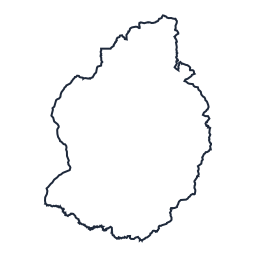 the district of Retiro, Antioquia, Colombia
{"feature_id": "7082276B46774973153529", "entity_name": "Retiro", "entity_type": "district", "adm_level": 2, "iso_a3": "COL", "parent_name": "Colombia", "parent_adm1": "Antioquia", "projection": "orthographic", "projection_center": [-75.514, 6.06], "detail": "fine", "context": "isolated", "style": "outline", "palette": "slate", "viewbox_px": 256, "rotation_deg": 0, "n_neighbors": 0, "source": "geoboundaries", "source_scale": "gbopen_adm2", "svg_char_len": 5771}
<svg xmlns="http://www.w3.org/2000/svg" viewBox="0 0 256 256"><path d="M79.8,223.8L80.6,223.2L82.0,224.3L83.4,224.4L83.9,225.0L84.7,224.8L85.4,226.2L86.7,226.5L87.0,227.4L88.9,227.2L89.3,227.6L88.9,228.9L89.5,229.1L90.2,229.9L91.0,229.4L91.2,228.0L91.9,227.9L92.6,229.0L93.4,228.5L93.6,227.7L94.5,227.7L94.5,227.3L93.8,226.6L94.1,226.3L95.8,226.9L96.8,226.4L96.9,227.2L97.3,227.3L98.9,226.7L99.6,226.8L100.1,225.9L100.5,226.1L101.5,225.6L102.0,226.6L102.8,226.7L102.0,227.3L103.1,228.5L102.9,229.8L103.7,229.9L104.1,230.5L105.0,229.8L105.4,230.4L106.2,230.2L106.4,229.8L105.9,229.1L106.1,228.8L107.3,228.3L107.9,228.5L110.6,226.8L111.8,227.7L112.0,230.3L111.7,231.1L112.1,231.9L111.6,232.7L112.1,232.8L112.6,235.0L112.9,235.3L113.7,235.3L114.5,236.8L115.7,237.8L116.8,238.1L116.9,238.6L118.7,238.6L118.4,237.7L118.7,237.2L119.8,237.8L120.6,237.8L121.2,238.4L122.7,237.6L124.2,237.8L124.7,236.9L126.5,237.9L127.2,237.5L127.6,236.1L129.8,236.0L129.6,236.5L130.0,236.7L130.0,238.0L131.1,238.9L133.9,239.0L135.5,237.6L138.0,236.9L138.6,237.9L139.8,238.6L139.8,240.2L140.2,239.8L140.6,239.9L141.7,240.1L142.0,240.6L142.2,240.1L145.0,238.6L145.5,237.8L147.2,237.4L149.6,235.5L150.3,234.7L150.4,233.5L151.5,233.1L152.9,230.9L153.9,230.7L155.3,231.0L155.7,231.8L157.0,231.5L157.0,230.8L157.9,230.3L158.0,229.7L159.0,228.4L158.6,227.1L159.0,226.2L159.9,225.7L160.9,225.9L162.0,225.2L166.3,223.9L166.8,223.5L166.9,222.9L169.9,221.5L171.2,220.3L171.5,219.8L171.5,217.5L170.6,215.7L170.7,214.1L170.0,212.8L171.2,210.7L170.6,209.4L171.0,208.1L172.1,208.0L172.6,208.4L172.8,208.1L174.6,208.0L177.0,207.0L177.2,205.8L178.3,203.8L178.3,203.3L179.0,201.6L180.8,200.0L186.1,199.6L187.7,198.6L188.8,197.0L189.6,196.7L190.9,194.9L192.9,193.9L194.0,194.4L194.8,194.0L195.3,191.2L195.3,189.9L194.4,187.9L194.6,185.6L195.1,184.9L195.1,182.9L194.5,182.1L194.4,181.2L197.0,177.4L197.0,176.4L197.4,176.0L198.4,176.1L198.2,175.3L198.8,174.1L197.9,170.9L198.6,169.8L198.7,168.2L197.9,166.2L201.3,163.7L201.7,160.9L202.8,159.6L202.2,157.3L202.7,156.9L203.9,154.1L204.9,153.5L205.7,152.2L207.0,152.1L208.8,151.1L209.9,149.3L210.3,149.6L210.8,149.5L210.1,146.2L211.0,144.6L211.0,143.5L209.9,142.6L209.0,140.0L209.5,139.1L209.0,137.7L210.3,134.7L209.3,132.9L209.8,128.8L210.2,128.0L209.5,127.5L208.1,127.5L208.4,126.7L208.2,125.9L207.6,125.6L207.3,126.1L206.5,126.0L205.5,123.5L206.2,122.1L206.6,121.8L207.1,122.0L207.4,121.0L209.4,118.6L208.0,116.1L205.3,116.1L202.9,114.9L203.9,112.6L206.1,111.0L206.8,109.7L207.6,109.5L208.6,107.0L208.2,105.0L207.1,102.0L206.7,101.3L205.4,100.2L205.1,98.6L204.4,97.3L203.1,96.6L201.3,94.5L200.8,91.8L200.0,90.9L198.5,89.7L197.9,87.3L194.9,86.8L193.7,85.9L192.9,84.1L189.2,83.7L187.8,83.1L186.3,81.7L184.5,81.1L185.4,79.5L187.6,78.8L191.4,76.1L191.9,74.9L194.6,73.8L194.1,73.2L193.8,71.2L193.3,70.5L192.6,70.2L190.1,70.2L189.9,69.3L190.2,67.7L189.6,66.8L187.5,65.2L185.9,64.9L182.4,63.5L181.9,63.9L180.4,62.0L179.2,62.8L179.1,65.0L178.3,66.3L178.6,68.5L178.1,69.1L178.3,70.2L175.8,68.5L174.6,67.2L176.8,63.8L176.9,63.3L176.3,62.0L176.4,61.2L177.6,60.9L178.0,60.4L177.6,59.4L177.0,59.2L176.1,57.1L176.9,56.3L176.7,54.0L177.3,53.1L176.6,52.5L176.8,51.0L176.3,49.8L176.8,47.2L176.0,42.5L176.9,41.9L176.9,41.6L176.5,41.1L176.6,40.7L176.0,39.2L175.2,38.3L175.1,37.1L174.5,36.7L176.5,34.7L178.3,33.7L178.2,32.6L177.1,30.9L176.6,30.4L175.2,30.2L175.0,29.7L175.7,28.2L175.5,25.8L176.7,23.0L176.9,21.1L175.5,19.3L176.2,18.5L175.2,18.9L173.0,18.6L171.2,18.0L168.5,18.1L166.8,17.5L166.4,16.8L165.5,16.2L164.7,16.2L164.2,15.7L162.9,15.4L161.9,17.0L161.8,17.8L160.3,18.6L159.1,18.8L158.1,20.9L157.5,21.3L156.4,21.5L155.6,22.3L153.3,22.9L151.6,23.0L149.7,22.3L148.2,22.5L148.0,22.2L144.2,23.2L140.8,22.4L140.4,22.8L139.5,22.8L139.3,23.2L139.2,25.3L139.6,26.3L139.7,27.9L139.1,28.1L137.3,26.9L135.8,26.7L132.0,27.4L130.4,28.3L129.9,29.0L129.8,29.9L129.0,31.5L128.3,31.5L128.2,32.5L126.4,35.0L126.6,38.2L126.4,38.3L126.7,39.4L124.8,39.1L124.6,38.1L123.8,37.1L122.7,36.6L122.1,35.3L120.0,35.6L119.4,37.1L117.4,37.7L116.5,39.4L116.8,40.5L116.1,41.0L115.9,42.0L115.1,42.3L114.9,43.3L113.8,44.6L113.8,45.8L111.2,47.7L110.6,48.7L101.1,48.7L101.2,50.7L100.7,51.4L100.8,52.9L101.3,53.8L100.8,54.8L101.2,55.3L100.6,55.8L100.6,56.5L101.2,57.3L101.3,60.6L102.3,62.0L101.3,63.1L101.1,65.6L97.6,66.6L97.0,67.7L96.1,72.5L94.5,74.0L92.6,77.4L91.4,77.7L90.1,78.7L89.6,78.2L88.3,78.6L85.6,78.1L83.8,78.3L83.3,78.7L83.3,78.1L82.8,77.7L80.3,77.3L79.4,76.9L78.9,75.9L77.1,75.7L76.1,76.9L74.9,77.0L74.4,78.1L72.9,79.5L72.3,80.7L71.5,81.3L71.3,82.2L70.0,83.6L66.3,85.5L65.9,86.5L64.5,87.6L64.0,88.9L61.4,92.3L60.7,94.5L60.4,96.9L59.0,98.6L57.3,99.2L56.1,100.2L54.3,106.6L52.5,108.2L52.9,109.8L51.4,115.7L53.2,117.7L54.2,121.5L57.6,124.2L58.7,126.1L58.7,127.1L57.4,129.1L57.2,130.1L57.4,134.0L58.1,137.0L59.7,139.6L60.1,141.2L61.3,141.7L63.6,144.1L65.2,144.4L66.3,146.1L66.5,147.5L66.1,149.6L66.9,151.6L67.0,156.0L68.8,160.6L68.0,162.5L68.4,163.5L68.4,164.5L70.0,166.5L70.4,167.6L69.7,170.1L63.0,172.8L60.8,174.6L59.2,175.1L57.2,177.4L54.2,179.6L52.3,182.6L50.8,183.8L48.2,187.0L46.6,188.4L47.4,190.9L46.9,194.0L45.2,197.3L45.0,200.6L45.4,203.1L45.2,203.6L45.7,203.6L45.8,203.9L46.6,204.4L46.9,205.4L47.5,205.1L48.2,205.5L48.7,205.1L50.6,205.3L51.3,206.1L52.4,206.4L53.5,205.8L54.9,206.2L56.0,205.7L56.7,206.4L57.7,206.1L57.9,206.7L58.7,206.5L59.0,207.3L59.8,207.3L60.1,206.8L60.2,207.2L61.0,207.4L61.8,208.6L63.6,208.7L63.8,209.1L62.9,209.8L62.8,210.5L63.1,210.8L62.8,211.6L63.6,212.0L64.0,212.8L65.3,212.6L65.2,213.8L65.6,214.0L65.2,215.0L65.5,215.2L66.2,215.0L67.9,216.0L68.5,215.2L69.8,214.9L70.7,213.7L71.3,213.6L71.8,214.0L72.4,213.7L73.3,213.9L75.3,216.0L75.6,217.2L76.4,218.1L78.6,219.3L78.7,220.4L79.3,221.0L79.4,221.5L78.5,222.7L79.8,223.8Z" fill="none" stroke="#1e293b" stroke-width="2"/></svg>